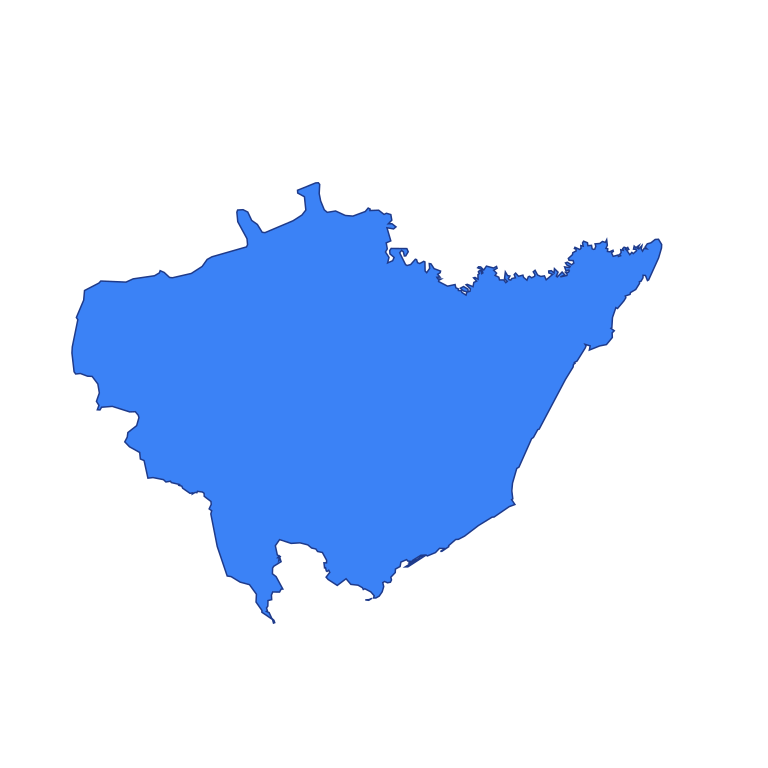 the district of Aceh Timur, Aceh, Indonesia, rotated 78°
{"feature_id": "22746128B94735591859977", "entity_name": "Aceh Timur", "entity_type": "district", "adm_level": 2, "iso_a3": "IDN", "parent_name": "Indonesia", "parent_adm1": "Aceh", "projection": "albers", "projection_center": [97.761, 4.703], "detail": "fine", "context": "isolated", "style": "filled", "palette": "blue", "viewbox_px": 768, "rotation_deg": 78, "n_neighbors": 0, "source": "geoboundaries", "source_scale": "gbopen_adm2", "svg_char_len": 6166}
<svg xmlns="http://www.w3.org/2000/svg" viewBox="0 0 768 768"><g transform="rotate(78 384 384)"><path d="M594.9,541.8L594.7,540.5L592.3,540.8L589.9,542.5L583.7,543.9L582.0,546.2L581.6,545.2L578.7,545.5L577.1,543.8L571.7,542.5L571.6,538.7L567.1,538.0L564.3,536.1L565.8,529.4L563.3,527.3L563.5,525.6L550.0,529.6L546.4,532.6L540.8,531.2L539.3,529.6L536.4,521.6L533.6,521.9L534.8,523.6L532.2,522.5L531.8,524.1L530.5,522.3L532.0,522.1L531.2,521.3L529.0,523.9L519.6,523.9L514.5,518.5L520.6,508.0L521.9,499.2L525.5,492.0L529.4,488.9L531.2,485.0L534.0,483.8L536.0,479.3L544.4,476.8L547.0,477.4L546.4,479.9L551.5,480.4L551.5,479.4L554.8,479.3L555.5,478.7L554.7,476.8L557.0,476.2L560.9,480.8L563.6,479.3L571.3,471.6L566.6,461.6L573.1,458.1L575.4,451.2L578.8,447.4L580.7,447.0L580.3,445.3L584.5,440.2L589.1,437.6L591.1,438.8L591.6,436.4L590.5,432.8L586.9,429.0L582.1,426.4L578.0,426.5L577.3,424.5L579.2,421.9L579.2,418.9L577.2,417.4L574.4,417.5L570.8,412.2L567.4,411.3L565.9,406.2L561.7,404.5L560.5,398.4L562.1,397.6L563.4,393.7L562.4,392.5L559.2,383.6L560.0,378.4L561.2,377.4L559.6,368.7L556.3,363.9L557.7,358.2L559.5,363.6L559.7,362.2L556.6,354.5L555.5,354.3L551.0,346.2L551.4,343.5L549.5,336.7L542.1,321.1L536.7,306.0L537.0,304.0L530.0,287.0L529.1,281.0L523.6,283.2L523.1,281.9L515.1,281.2L507.7,278.9L494.2,271.7L493.4,269.3L468.2,251.0L467.3,248.9L460.6,243.1L460.4,241.6L417.3,205.6L406.7,195.5L404.2,194.6L403.5,192.9L402.5,193.3L401.7,190.4L390.6,179.7L388.8,178.5L387.0,179.1L389.6,174.4L393.5,176.1L391.6,165.1L391.7,158.2L386.0,151.0L381.4,150.2L379.8,147.7L376.7,150.5L376.2,149.4L366.5,146.7L357.5,141.3L358.7,139.9L352.7,132.2L349.9,129.5L348.1,129.7L347.5,124.7L345.8,123.9L343.9,118.1L338.7,113.1L337.0,112.9L337.0,111.3L334.0,108.6L331.5,108.0L332.2,105.7L337.6,104.8L337.2,103.5L317.8,89.2L308.7,84.3L305.3,83.4L299.5,85.4L299.0,88.7L301.4,93.6L301.6,97.3L304.4,100.2L306.4,98.8L305.5,101.4L307.8,103.5L305.4,104.3L302.3,103.0L304.9,106.7L304.2,107.7L301.4,105.6L303.0,109.2L301.1,110.6L304.0,111.9L304.7,109.5L306.1,109.2L308.3,113.1L306.8,114.2L308.6,116.7L303.6,118.8L303.3,116.6L301.1,117.2L302.7,120.4L301.3,118.8L300.1,120.7L301.2,122.4L303.0,122.2L301.9,124.5L304.7,124.7L306.4,126.6L307.7,125.9L308.0,128.2L306.5,128.2L306.8,133.3L302.9,134.2L302.0,132.1L300.8,132.2L301.6,135.9L300.8,137.9L298.3,137.0L297.5,138.7L294.7,136.7L289.2,136.2L291.5,138.0L290.0,140.7L291.4,143.7L290.8,148.4L293.3,148.2L295.9,149.8L295.9,151.1L295.0,152.3L291.5,152.2L291.1,155.8L288.1,155.6L285.8,159.1L287.3,160.5L290.6,160.5L289.5,162.7L292.3,163.1L293.1,164.6L290.0,168.8L291.1,169.6L292.1,168.1L293.8,168.4L294.8,172.0L296.7,172.8L299.5,177.6L301.5,177.3L302.6,173.3L305.2,173.2L306.4,175.7L303.0,179.4L303.3,181.3L305.8,180.3L307.7,177.5L308.7,178.4L307.0,183.0L311.1,182.5L310.9,179.5L311.9,179.2L313.1,180.4L312.6,183.2L314.5,182.0L315.9,182.5L315.9,189.3L314.9,184.4L311.5,186.5L315.3,192.3L314.3,193.0L310.8,190.5L306.6,193.3L310.7,194.6L307.9,196.8L307.7,199.4L309.6,199.7L311.9,196.3L315.8,203.7L311.6,204.6L311.4,208.3L309.3,211.1L304.2,212.6L305.3,214.7L308.4,213.6L310.0,214.3L310.8,217.5L308.9,219.3L309.1,220.5L312.2,222.6L308.7,225.3L306.4,225.5L306.6,230.0L302.9,232.2L304.0,233.9L307.4,233.4L307.4,237.0L308.7,238.4L308.0,240.0L306.8,240.4L304.6,238.4L303.6,240.6L299.6,242.0L306.0,244.2L309.3,242.1L310.2,243.8L307.1,245.3L306.2,249.4L303.4,249.5L300.9,252.8L299.0,250.8L295.5,253.1L294.3,249.3L292.4,249.5L293.3,252.7L290.0,259.3L293.2,262.7L289.6,265.1L289.0,267.1L289.8,268.2L292.4,264.6L295.9,264.2L296.4,265.5L293.3,265.6L293.1,267.3L293.9,268.4L295.7,267.7L296.6,269.4L301.0,270.2L298.7,272.8L298.8,274.3L302.6,272.0L303.3,275.0L307.3,276.7L303.8,281.9L304.0,283.1L308.9,279.7L311.2,280.6L311.3,282.5L308.7,282.2L305.2,285.9L306.2,289.4L309.5,286.9L311.2,283.7L314.1,285.3L310.6,288.8L308.9,289.0L308.0,291.8L306.4,291.6L304.8,293.7L301.5,293.8L301.5,301.5L295.1,309.3L293.9,308.8L293.2,306.3L292.3,309.5L290.6,310.1L291.1,307.0L287.8,308.7L286.8,305.9L285.3,305.2L281.6,311.0L276.2,313.1L275.6,314.7L280.4,315.3L284.0,319.1L282.0,320.3L273.1,318.6L272.3,319.6L273.6,324.0L272.3,326.0L269.1,326.3L268.5,327.4L272.7,333.1L272.9,336.8L271.7,338.1L258.9,341.4L257.0,339.0L258.7,337.6L263.0,337.5L263.2,336.1L259.7,332.8L256.3,333.5L252.9,348.8L254.7,350.7L258.0,351.1L262.3,347.8L265.2,349.9L266.3,355.3L261.2,352.8L255.2,355.1L252.5,352.7L246.4,352.5L245.4,347.6L231.8,348.6L234.3,342.4L232.8,339.6L228.9,342.9L228.2,346.5L225.4,342.3L219.7,342.1L217.5,346.1L218.1,348.7L212.9,353.1L211.4,361.7L210.0,361.2L208.6,362.9L211.4,366.5L213.3,379.5L211.1,386.8L204.7,395.4L204.3,403.8L201.2,406.2L191.8,407.9L184.3,407.8L175.4,405.4L173.5,406.4L173.1,409.1L176.5,428.3L179.3,428.7L184.3,422.9L197.6,424.3L201.7,429.2L205.4,439.0L211.2,468.9L210.3,471.6L201.6,474.7L196.5,479.4L187.5,481.5L184.2,485.6L183.4,491.0L185.3,492.2L194.9,493.3L213.4,487.8L219.4,488.5L221.3,490.0L223.8,525.9L225.4,531.1L231.2,537.4L235.8,549.5L236.1,568.8L235.2,571.6L229.2,575.8L226.6,579.4L228.6,580.6L230.4,586.0L229.0,607.5L230.7,615.2L224.4,639.6L226.0,641.9L230.3,657.5L239.5,660.3L255.0,671.1L257.4,670.1L282.9,681.2L288.8,682.8L307.6,684.6L310.1,683.5L310.6,678.8L314.7,672.4L315.9,667.9L324.5,663.9L333.6,664.3L341.2,668.9L345.6,667.3L349.6,669.8L350.3,667.2L348.0,665.1L349.4,654.4L358.4,638.6L359.4,633.0L363.4,630.9L365.9,630.7L373.3,634.6L378.2,644.6L382.6,646.2L386.7,649.6L392.5,646.0L400.2,637.2L406.7,637.9L409.0,634.6L427.0,634.5L427.5,629.4L431.7,619.6L434.5,617.7L434.7,613.1L436.2,612.5L439.8,604.9L440.5,605.7L441.9,603.0L444.1,602.6L450.6,596.5L450.7,594.0L451.8,594.4L450.8,591.3L451.4,589.6L450.2,588.8L451.9,584.1L453.5,582.7L456.5,583.2L462.9,577.7L465.8,578.0L469.8,581.0L472.1,578.9L475.1,580.4L508.3,580.9L539.2,577.3L540.6,573.6L547.9,565.9L552.3,557.3L563.1,552.5L570.7,554.5L580.1,550.5L581.9,550.9L591.2,542.0L594.9,541.8ZM567.8,398.6L560.1,378.4L560.5,385.5L561.5,385.3L567.3,401.2L567.8,398.6ZM591.3,447.2L592.4,443.9L591.1,440.4L591.8,443.4L591.3,447.2ZM564.2,396.8L564.4,395.0L563.7,394.1L563.4,396.1L564.2,396.8ZM563.6,392.7L563.3,391.5L562.5,390.6L562.4,391.6L563.6,392.7Z" fill="#3b82f6" stroke="#1e3a8a" stroke-width="1.5"/></g></svg>